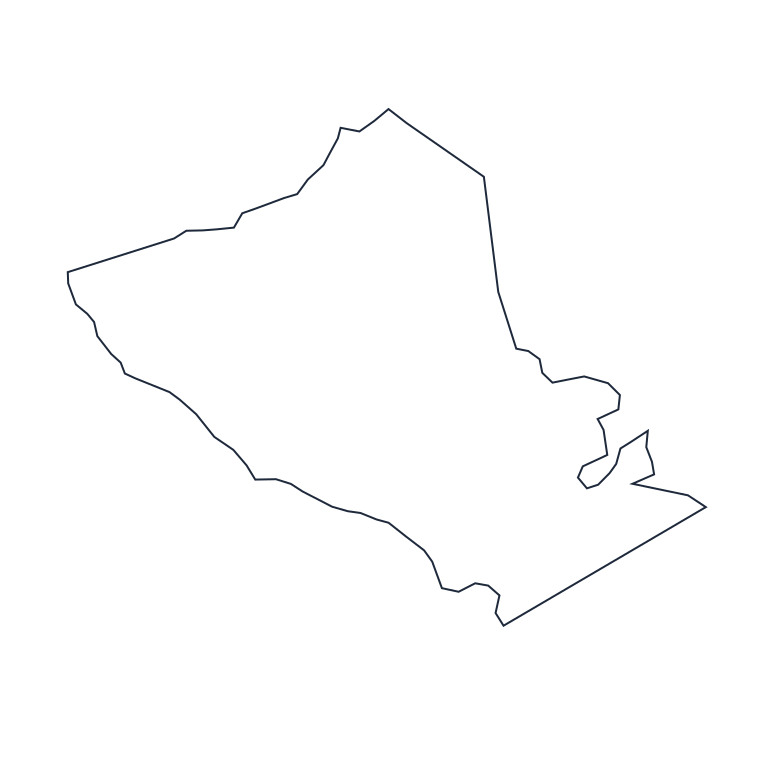 outline of Riacho da Cruz, Rio Grande do Norte, Brazil, rotated 255°
{"feature_id": "56859067B96167215385761", "entity_name": "Riacho da Cruz", "entity_type": "district", "adm_level": 2, "iso_a3": "BRA", "parent_name": "Brazil", "parent_adm1": "Rio Grande do Norte", "projection": "robinson", "projection_center": [-37.971, -5.922], "detail": "fine", "context": "isolated", "style": "outline", "palette": "slate", "viewbox_px": 768, "rotation_deg": 255, "n_neighbors": 0, "source": "geoboundaries", "source_scale": "gbopen_adm2", "svg_char_len": 1174}
<svg xmlns="http://www.w3.org/2000/svg" viewBox="0 0 768 768"><g transform="rotate(255 384 384)"><path d="M586.7,305.8L585.6,291.3L573.9,279.5L576.7,262.4L579.3,248.6L583.2,232.7L578.9,218.9L573.9,107.5L562.9,105.0L540.6,107.0L528.5,115.6L518.9,120.0L504.4,119.5L483.5,128.3L472.8,135.2L461.2,136.4L453.8,145.3L431.7,174.7L421.8,182.6L403.4,194.8L376.8,206.4L359.4,221.4L341.0,230.2L325.0,234.9L320.0,255.0L311.6,268.2L301.2,277.6L278.9,302.1L270.5,316.1L265.5,327.9L255.1,341.7L248.8,352.5L231.1,365.7L212.9,379.7L199.9,384.6L171.8,387.1L164.0,402.3L167.9,420.5L162.3,432.5L149.9,440.8L133.9,432.5L119.6,436.9L181.8,663.0L197.8,648.8L223.3,598.2L226.8,621.5L239.5,622.7L255.1,621.0L270.5,626.7L264.4,608.3L260.5,595.7L246.7,587.6L239.5,578.8L231.3,564.8L230.7,553.0L243.4,547.1L253.0,554.7L257.7,581.3L282.8,584.2L294.9,581.3L298.8,603.8L312.3,609.0L326.8,600.6L339.5,579.3L340.6,563.6L341.7,547.1L353.8,539.8L367.7,540.7L378.5,531.9L383.9,520.9L443.4,518.2L558.3,534.1L630.0,473.5L648.4,459.5L640.6,442.6L634.3,425.6L642.7,408.4L633.2,403.0L621.1,391.5L611.1,382.2L601.2,363.3L589.9,349.3L589.5,335.5L586.7,305.8Z" fill="none" stroke="#1e293b" stroke-width="2"/></g></svg>